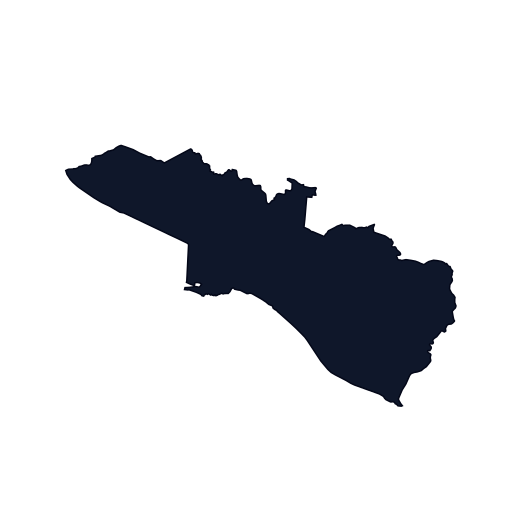 outline of Ratchasan, Chachoengsao, Thailand, rotated 112°
{"feature_id": "78962969B64139480936177", "entity_name": "Ratchasan", "entity_type": "district", "adm_level": 2, "iso_a3": "THA", "parent_name": "Thailand", "parent_adm1": "Chachoengsao", "projection": "robinson", "projection_center": [101.266, 13.772], "detail": "fine", "context": "isolated", "style": "filled", "palette": "ink", "viewbox_px": 512, "rotation_deg": 112, "n_neighbors": 0, "source": "geoboundaries", "source_scale": "gbopen_adm2", "svg_char_len": 6038}
<svg xmlns="http://www.w3.org/2000/svg" viewBox="0 0 512 512"><g transform="rotate(112 256 256)"><path d="M193.1,72.1L193.3,73.3L193.2,73.9L191.6,76.4L192.6,77.5L192.5,77.8L191.8,78.3L191.5,80.7L191.6,82.3L192.4,86.3L193.4,89.8L196.3,93.6L198.0,95.0L200.6,96.7L201.0,97.2L201.2,98.2L201.1,99.1L201.2,100.3L201.0,103.2L201.1,106.3L202.0,110.8L203.0,114.9L203.3,115.8L205.6,119.2L205.6,120.5L206.2,122.3L205.9,123.5L205.0,124.1L204.1,125.2L203.5,125.5L202.7,125.5L202.3,125.2L201.7,123.6L200.9,122.7L200.3,122.6L199.6,123.0L198.8,124.0L197.4,127.8L196.1,129.2L195.5,130.1L195.6,131.0L196.4,132.5L196.4,133.2L196.2,133.7L195.6,134.1L193.2,133.8L192.5,133.9L191.6,134.5L190.9,135.9L189.9,136.8L189.8,137.2L190.4,138.0L190.5,138.6L189.8,140.3L189.1,143.9L189.7,153.4L189.7,154.2L189.9,155.3L189.0,156.2L187.7,157.0L187.0,157.6L185.3,157.9L182.9,157.9L182.5,158.0L182.4,158.2L186.2,162.3L187.8,162.9L187.8,164.4L188.8,165.4L189.5,166.7L189.8,168.4L190.8,170.8L191.4,171.7L193.3,173.6L193.3,173.8L192.9,174.4L192.7,175.1L192.3,180.6L194.2,185.1L195.2,186.6L194.5,188.2L196.4,190.1L197.9,191.9L200.0,193.5L205.4,198.2L206.2,198.5L208.0,198.7L209.9,199.6L211.8,199.9L212.4,200.1L212.2,212.7L212.3,212.9L212.8,213.1L211.6,216.9L211.4,222.3L203.9,224.4L182.2,231.1L180.7,226.3L178.5,226.7L178.1,226.6L177.6,224.3L177.2,223.3L176.2,223.8L174.3,225.3L173.4,225.5L170.6,225.5L170.3,226.0L170.4,226.7L171.9,229.7L172.7,231.8L173.2,235.5L173.8,237.5L172.1,238.7L173.0,240.3L173.1,241.0L172.5,244.8L171.8,246.4L171.2,249.3L171.7,252.8L171.6,254.0L172.5,255.7L173.8,255.2L173.9,254.1L174.6,250.7L174.6,250.2L174.8,249.9L175.5,249.5L180.3,247.8L181.4,247.9L182.3,248.3L182.9,249.0L183.4,252.6L183.7,253.1L184.2,253.2L186.6,252.2L187.4,252.3L188.4,252.8L189.3,257.7L189.8,258.7L190.6,259.5L191.4,259.9L193.9,259.9L194.6,260.3L195.2,260.4L195.7,260.9L196.8,260.0L199.0,262.0L202.4,263.1L202.8,263.5L203.1,264.6L202.9,265.2L202.5,265.8L201.3,267.0L196.3,269.5L195.1,270.3L194.5,271.4L193.3,275.2L192.7,276.4L190.1,277.5L189.1,278.4L189.3,279.5L191.2,283.0L191.4,283.7L191.4,284.4L191.0,285.6L190.5,286.5L189.7,287.2L187.3,288.9L186.9,289.7L186.9,290.8L187.5,293.5L188.5,295.6L189.2,296.7L191.1,298.0L191.4,298.8L190.7,300.6L189.7,302.5L188.0,303.8L184.7,305.7L184.1,306.5L184.1,307.0L184.7,310.4L184.9,310.4L185.9,310.1L186.6,310.6L186.6,311.6L186.1,313.1L186.3,313.7L187.0,314.0L189.3,314.6L190.4,315.8L192.3,316.2L192.9,316.6L193.4,317.3L194.3,317.4L194.3,318.0L193.7,319.4L193.7,319.9L193.9,320.3L194.7,320.7L194.6,323.6L194.9,324.4L195.5,325.2L195.8,326.0L195.4,326.4L194.3,326.5L194.1,326.7L194.2,327.0L194.7,327.8L194.4,329.0L194.6,330.2L193.8,330.7L193.0,330.7L192.7,331.4L191.4,332.1L191.0,332.5L190.0,332.6L189.9,332.7L189.8,333.5L189.1,334.1L189.4,334.8L189.3,335.1L189.0,335.4L189.1,336.8L190.0,338.8L189.5,339.5L189.0,341.0L188.1,341.4L187.7,341.9L187.6,342.6L187.1,342.7L186.7,343.6L186.4,343.6L186.0,343.3L185.6,343.3L184.2,344.3L183.4,345.2L183.3,346.0L182.4,346.9L182.5,348.1L184.0,350.2L184.1,350.5L183.9,350.8L183.2,351.4L183.6,352.6L183.5,353.6L181.9,354.8L181.4,355.6L181.2,356.4L181.3,356.8L204.1,375.9L203.2,379.9L203.3,380.4L204.4,382.6L204.8,384.0L204.3,387.5L203.5,390.8L204.3,392.6L204.2,402.5L203.4,409.7L203.7,418.0L204.0,422.5L205.3,424.1L207.9,426.2L210.9,427.8L213.6,431.3L214.0,432.3L216.2,433.8L217.6,435.0L218.7,435.5L220.6,437.1L223.7,442.3L224.1,442.1L225.4,443.0L227.1,444.7L229.5,443.8L231.1,443.5L233.0,443.6L234.1,444.3L234.7,445.3L235.1,447.4L236.0,449.3L238.2,451.7L239.3,453.5L241.1,454.2L242.4,455.7L242.9,456.5L243.2,457.5L244.1,458.6L245.7,462.2L246.5,463.1L248.0,464.4L251.1,461.8L254.6,456.8L256.2,453.4L258.2,447.8L258.9,445.3L262.7,428.2L263.9,420.8L264.2,418.2L264.6,410.6L266.4,398.6L265.6,394.7L268.4,347.8L268.6,345.4L269.1,335.6L269.8,325.0L270.0,323.8L270.4,323.2L271.0,322.7L304.9,310.9L306.5,310.6L306.7,306.8L306.6,302.4L306.2,302.1L305.6,302.1L304.1,302.7L303.7,302.5L303.3,301.9L302.6,300.6L302.2,298.8L301.9,298.3L302.2,297.6L302.6,295.9L305.3,296.5L306.1,297.0L306.3,297.4L306.9,300.5L310.0,305.9L311.9,310.0L313.9,309.7L313.0,306.4L312.4,305.4L312.3,303.7L312.0,297.8L312.2,293.7L312.4,292.4L313.1,291.2L312.8,289.5L312.1,289.6L309.7,288.1L309.8,286.7L308.7,285.9L309.2,283.5L308.2,282.9L308.7,282.3L308.5,280.3L308.4,280.0L307.5,279.8L307.3,279.6L307.9,278.3L306.7,277.0L306.0,276.7L305.3,275.7L303.4,273.9L303.5,272.3L302.6,271.2L301.1,267.7L298.8,266.8L295.3,266.4L294.6,265.8L294.2,265.0L294.1,264.3L294.7,263.7L294.8,263.3L294.2,259.7L293.8,258.4L293.7,257.5L294.3,250.3L293.7,249.0L292.7,247.8L292.4,245.7L293.8,235.2L294.9,229.6L296.1,226.0L296.1,222.1L298.0,220.5L298.7,217.8L298.7,217.5L298.4,217.3L298.4,217.1L299.5,215.2L300.2,213.0L305.5,198.2L307.9,192.0L310.6,185.6L312.9,180.4L315.1,176.8L329.1,156.5L334.2,146.9L335.8,142.7L336.5,137.9L337.6,126.2L338.5,120.3L338.7,116.3L337.7,89.9L338.3,85.8L338.9,84.5L339.7,83.5L340.5,81.7L340.9,76.7L340.4,75.3L339.7,74.5L339.7,73.8L340.1,72.4L340.8,71.6L340.9,69.8L341.7,68.6L341.6,67.6L340.8,65.0L340.0,64.2L338.7,66.5L336.1,69.8L335.4,70.2L334.4,70.5L325.3,70.3L318.6,69.1L309.5,68.8L308.5,68.6L307.2,68.2L306.4,67.6L304.7,65.7L303.1,63.1L300.6,60.1L300.1,59.7L297.5,58.4L294.8,56.6L288.4,54.7L287.2,54.9L285.3,56.2L283.6,56.7L282.3,56.8L281.8,57.1L281.4,57.9L281.1,60.0L280.6,60.9L280.0,61.2L279.4,61.3L279.1,61.0L278.7,59.4L276.8,59.0L275.8,59.0L275.2,59.2L274.7,59.5L273.5,61.8L272.7,62.0L272.1,61.5L271.4,59.5L270.8,59.1L270.0,59.1L268.0,60.5L267.3,60.6L265.6,59.9L263.1,58.2L256.1,56.1L255.8,55.7L255.7,55.2L255.9,52.9L254.8,52.0L254.3,52.0L252.2,53.2L249.2,53.0L248.1,52.7L247.0,51.6L246.1,49.8L245.7,49.3L244.2,48.4L242.2,47.6L241.6,47.8L240.9,48.8L238.9,50.2L233.9,53.3L233.1,53.1L231.1,52.4L229.9,51.8L228.5,51.7L227.3,51.9L224.7,54.3L221.7,55.5L219.8,56.0L218.2,58.2L217.6,59.9L217.0,60.9L214.7,63.6L213.8,64.3L210.0,65.5L206.7,64.8L205.3,64.7L203.6,65.6L202.9,66.5L202.0,67.1L201.4,67.2L200.0,67.1L198.4,67.8L196.4,67.9L195.9,68.4L195.2,70.0L194.6,70.7L193.1,72.1Z" fill="#0f172a" stroke="#020617" stroke-width="1.5"/></g></svg>